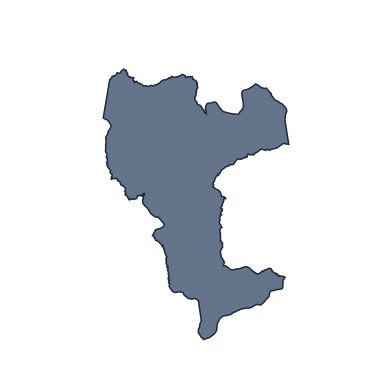 Lupososhi, Northern, Zambia, rotated 297°
{"feature_id": "96606910B11970238956391", "entity_name": "Lupososhi", "entity_type": "district", "adm_level": 2, "iso_a3": "ZMB", "parent_name": "Zambia", "parent_adm1": "Northern", "projection": "orthographic", "projection_center": [29.571, -10.656], "detail": "fine", "context": "isolated", "style": "filled", "palette": "slate", "viewbox_px": 384, "rotation_deg": 297, "n_neighbors": 0, "source": "geoboundaries", "source_scale": "gbopen_adm2", "svg_char_len": 6088}
<svg xmlns="http://www.w3.org/2000/svg" viewBox="0 0 384 384"><g transform="rotate(297 192 192)"><path d="M278.3,256.6L298.2,242.2L303.8,240.1L307.2,239.8L309.5,237.4L311.3,232.7L311.4,229.5L311.9,227.4L311.6,223.5L313.4,221.0L314.1,218.9L315.8,217.7L316.1,216.0L318.3,211.0L317.0,209.4L316.6,206.2L317.3,201.6L317.1,199.6L314.4,198.5L309.4,195.5L305.7,191.5L304.4,191.2L302.7,191.5L300.0,193.1L294.0,197.7L290.6,199.2L289.4,199.5L285.1,198.3L282.4,198.1L281.0,195.2L279.1,189.5L277.8,182.9L280.3,177.0L282.1,174.3L282.6,172.7L282.4,171.1L279.8,168.4L278.4,165.9L276.9,165.2L274.5,165.4L271.9,166.4L268.2,169.5L268.4,167.4L269.5,165.7L270.4,165.4L270.5,164.3L272.6,161.0L272.9,159.5L272.6,157.3L274.5,155.2L275.1,153.1L275.5,153.1L277.3,151.4L279.7,151.8L280.4,151.2L281.9,151.0L282.7,150.1L283.4,150.6L284.5,149.6L285.0,149.9L286.1,149.3L287.3,149.9L288.7,148.9L288.9,148.1L289.8,148.2L290.6,147.3L291.0,147.6L291.6,146.9L291.4,146.4L292.0,146.4L292.8,145.7L293.0,142.4L293.4,141.9L293.1,141.6L294.8,140.0L294.1,139.4L294.4,138.7L293.6,137.9L293.1,136.0L292.1,135.7L291.7,134.5L291.3,134.5L291.3,134.0L292.6,133.2L292.4,130.0L288.1,127.1L288.0,126.2L286.8,125.1L285.7,123.2L285.9,121.3L283.9,121.3L283.4,119.6L281.8,119.3L282.0,119.0L280.1,117.7L278.8,115.7L277.2,114.4L273.8,113.4L272.8,112.2L271.5,112.2L270.8,110.6L269.4,109.7L268.4,108.4L268.6,107.4L267.7,106.3L266.7,105.8L265.7,104.3L266.0,103.1L264.3,100.1L265.3,98.4L264.9,97.5L265.1,96.4L264.6,94.0L265.5,92.6L264.6,92.0L264.6,91.5L263.2,91.3L263.3,90.6L264.7,90.0L265.0,88.6L267.4,88.2L266.1,84.8L266.6,84.2L265.8,83.7L266.3,82.3L268.3,80.8L268.0,80.5L269.2,79.5L269.5,78.3L270.1,78.4L270.7,77.8L270.2,76.8L270.5,75.4L268.5,74.4L266.9,73.9L266.2,74.2L264.9,73.6L264.5,73.1L264.6,71.5L264.1,71.0L262.6,71.3L260.5,70.5L259.8,69.3L258.7,68.8L258.8,68.4L257.7,68.6L254.6,67.7L217.7,79.3L217.5,82.3L217.9,83.7L215.6,88.4L213.7,90.1L210.1,90.3L208.5,89.7L205.9,90.5L201.4,90.3L196.8,93.3L194.9,93.5L192.9,94.9L189.4,96.2L187.9,97.6L187.9,98.8L186.2,99.6L184.6,99.5L183.5,100.7L183.4,101.6L182.8,101.4L181.6,102.6L179.4,102.5L179.2,103.6L178.5,103.6L178.0,104.3L177.6,103.8L175.6,106.2L174.3,109.7L173.3,109.6L171.6,110.9L171.7,112.1L170.7,113.2L169.7,113.7L169.1,113.4L168.3,113.6L168.3,114.1L166.8,114.1L166.8,114.6L168.1,115.0L168.2,116.3L169.6,117.7L169.8,118.5L169.2,119.4L169.2,120.4L168.1,120.8L168.5,122.1L167.9,123.9L167.0,124.2L166.0,125.7L166.1,128.0L165.7,129.1L165.3,128.9L165.7,129.3L165.4,130.3L163.8,131.8L163.2,131.6L162.1,132.3L161.8,132.0L161.4,133.1L160.2,133.4L160.1,133.9L159.7,133.7L159.7,134.2L158.9,134.3L159.2,135.1L158.9,136.0L158.5,136.9L157.7,137.3L158.0,138.3L156.7,139.0L156.6,140.0L158.8,141.6L158.6,142.5L159.3,142.9L159.2,143.8L159.9,144.1L160.2,145.0L161.7,145.6L164.2,145.4L164.7,146.8L165.8,147.5L165.7,149.1L166.2,148.8L166.3,149.4L167.0,149.2L167.3,149.7L168.7,149.6L169.0,150.4L167.5,150.9L165.2,150.8L163.8,151.8L163.0,151.4L159.9,153.1L158.1,156.5L157.4,159.6L154.0,165.1L153.1,169.9L153.5,172.1L154.3,173.3L150.6,182.2L148.3,182.1L147.2,181.6L144.5,179.8L143.1,177.7L141.7,176.7L135.1,176.6L135.1,178.3L133.5,179.8L133.7,180.6L132.3,181.9L132.7,183.1L132.5,185.5L131.6,187.0L131.2,189.3L130.1,189.9L130.4,190.2L130.0,190.2L129.9,190.8L130.4,191.1L128.0,193.0L127.7,193.9L126.3,194.7L123.4,197.8L123.0,199.1L120.5,199.1L119.3,200.5L118.8,200.3L117.7,201.1L117.0,201.0L116.7,202.0L116.0,202.0L115.4,202.5L115.5,203.2L114.7,204.4L113.8,203.6L113.2,204.2L113.3,205.1L112.7,205.7L111.5,205.4L109.9,207.4L107.6,208.3L107.7,208.9L105.8,209.9L104.5,209.7L104.1,211.1L103.3,210.8L102.9,211.9L102.0,211.6L101.3,212.9L100.3,212.5L100.1,213.7L97.6,214.4L94.7,219.4L94.6,222.2L95.5,223.8L96.6,224.7L98.2,228.5L98.3,229.5L96.5,232.0L95.5,236.8L96.4,240.6L98.5,242.7L98.3,246.8L81.6,258.7L77.4,259.1L75.1,260.1L72.8,260.0L69.8,261.3L66.7,266.3L66.8,267.3L65.7,269.1L70.3,273.7L75.9,276.4L79.7,276.8L86.0,274.4L89.6,274.3L92.2,274.4L95.7,276.2L99.6,281.3L101.5,282.9L103.1,283.2L105.2,285.4L106.5,286.0L110.8,289.7L111.0,290.5L112.6,291.9L114.2,295.2L116.5,297.7L119.4,299.2L121.1,300.6L122.6,304.6L126.7,306.2L130.0,306.7L131.3,307.5L134.0,308.0L137.6,306.9L139.1,307.1L140.5,308.0L141.4,309.9L142.6,310.7L146.4,315.9L147.2,316.3L149.9,315.7L150.8,314.7L152.7,314.3L153.0,313.7L154.4,313.3L158.1,313.7L158.5,313.1L157.4,308.9L157.0,308.7L157.2,307.7L156.6,307.5L156.6,305.9L157.4,305.7L157.9,304.9L157.8,304.5L157.4,304.6L156.8,304.0L157.4,303.2L157.6,299.9L158.3,299.5L158.1,298.7L159.4,297.7L159.4,296.3L158.4,294.6L156.4,293.6L155.6,292.2L153.5,291.6L153.8,290.8L153.3,290.4L151.0,289.6L149.7,288.7L148.9,287.6L148.8,286.5L148.3,286.4L149.0,283.8L148.5,283.4L149.2,282.5L149.1,281.7L150.4,278.0L150.2,274.5L149.9,273.6L144.9,268.8L143.2,266.0L140.7,263.5L140.4,260.7L141.2,258.2L141.3,254.9L140.4,253.5L143.3,252.8L143.8,253.0L145.3,251.2L147.3,247.7L151.9,244.3L152.7,244.0L154.3,244.3L154.8,244.0L156.5,244.5L158.7,243.0L159.9,242.8L160.5,241.3L160.9,241.3L160.9,240.4L161.7,240.0L161.6,239.4L164.9,237.9L165.0,237.5L166.8,237.0L167.4,236.2L168.7,235.7L168.9,234.8L172.3,233.9L174.2,234.7L174.4,233.8L176.0,232.2L176.3,231.1L177.6,229.9L179.8,229.8L181.0,228.4L183.0,228.4L183.4,227.9L185.2,228.7L185.6,227.3L186.7,226.9L189.3,227.5L190.0,227.1L189.8,226.7L190.8,226.3L190.4,225.4L191.1,224.7L193.5,225.1L196.6,224.3L197.0,224.5L197.5,224.2L198.7,224.3L199.7,223.5L200.7,223.9L201.3,225.2L201.7,225.1L202.3,222.5L201.6,220.9L202.1,219.8L204.5,217.6L205.7,215.1L205.4,211.2L206.0,210.1L205.9,208.3L206.2,207.9L208.0,208.3L209.4,206.6L210.0,206.9L211.1,206.6L212.1,207.1L214.2,206.4L216.2,206.6L217.3,206.3L217.8,206.6L218.6,208.1L219.4,207.9L219.9,207.0L221.1,208.4L224.7,208.4L230.0,210.8L231.8,212.9L233.7,213.1L234.2,215.0L235.8,216.5L240.3,217.0L242.1,217.7L243.8,221.3L245.8,222.6L246.5,223.7L247.9,223.8L247.9,225.1L251.4,224.7L251.5,227.0L252.5,228.5L253.4,229.1L253.0,230.1L255.2,230.6L257.6,232.3L261.5,234.0L262.5,237.6L262.4,238.6L264.0,239.5L264.3,240.2L264.0,240.9L264.9,242.6L266.1,243.4L269.8,247.7L276.7,251.2L278.3,256.6Z" fill="#64748b" stroke="#1e293b" stroke-width="1.5"/></g></svg>